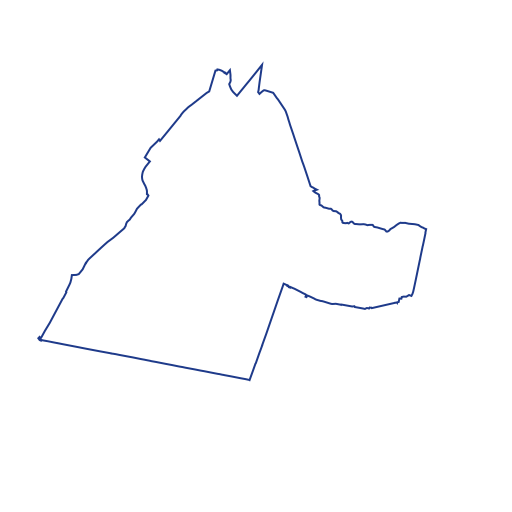 the district of Dongen, Noord-Brabant, Netherlands, rotated 117°
{"feature_id": "6326949B71586177807215", "entity_name": "Dongen", "entity_type": "district", "adm_level": 2, "iso_a3": "NLD", "parent_name": "Netherlands", "parent_adm1": "Noord-Brabant", "projection": "equal_earth", "projection_center": [4.948, 51.643], "detail": "fine", "context": "isolated", "style": "outline", "palette": "blue", "viewbox_px": 512, "rotation_deg": 117, "n_neighbors": 0, "source": "geoboundaries", "source_scale": "gbopen_adm2", "svg_char_len": 6052}
<svg xmlns="http://www.w3.org/2000/svg" viewBox="0 0 512 512"><g transform="rotate(117 256 256)"><path d="M429.0,409.1L428.3,409.1L428.1,408.6L428.1,408.2L427.1,404.9L421.8,386.4L417.5,371.5L417.2,370.4L415.6,364.8L411.8,351.8L408.5,340.8L408.6,340.7L407.9,338.8L407.1,336.3L406.3,333.3L403.5,323.8L402.3,319.8L400.0,311.5L399.0,308.2L398.6,306.7L397.5,302.9L397.2,301.5L395.9,297.3L393.2,287.8L391.2,281.0L389.8,275.9L389.2,273.8L388.3,271.0L387.6,268.3L384.8,258.9L383.2,253.2L382.2,250.0L379.4,240.1L378.3,236.3L377.9,235.2L377.8,234.9L377.1,232.1L376.8,231.3L376.5,230.1L375.4,226.4L374.6,223.7L372.6,216.7L371.8,213.9L371.1,211.6L370.5,209.6L369.5,205.8L369.5,205.4L359.1,206.7L352.2,207.6L351.6,207.5L340.5,209.0L338.6,209.2L332.7,209.9L332.7,210.0L320.8,211.5L300.9,214.3L298.7,214.6L285.9,216.4L282.1,216.9L270.8,218.4L268.1,218.8L268.0,217.3L268.0,216.1L267.9,215.1L268.0,214.8L267.8,214.8L267.8,214.2L268.5,214.2L268.4,213.2L268.2,212.3L268.8,212.2L268.6,211.1L268.0,211.2L267.8,207.8L267.7,207.0L267.7,205.2L267.7,199.7L267.8,197.6L267.7,194.4L267.9,193.6L269.8,193.4L269.7,192.4L267.9,192.5L267.7,190.5L267.6,188.9L267.6,188.6L267.5,184.6L267.6,183.8L267.6,183.4L267.5,182.2L266.9,179.1L266.8,178.4L266.3,176.9L266.2,176.7L265.8,174.8L264.8,168.9L264.5,167.3L264.3,166.7L263.9,165.8L262.4,163.3L262.1,162.4L260.9,158.3L260.9,158.1L260.6,158.1L260.4,157.6L259.8,155.6L257.3,147.3L256.1,145.5L256.6,144.8L254.4,137.5L254.1,136.5L253.7,134.9L252.2,133.8L251.9,133.2L251.6,132.5L251.5,131.5L250.4,131.3L250.4,131.2L249.7,129.8L249.9,129.2L234.7,111.0L234.5,110.9L234.5,110.7L233.4,109.4L233.6,109.0L233.1,109.1L232.2,108.0L228.8,108.9L228.0,107.1L226.4,107.5L225.2,106.1L224.0,103.6L221.3,101.9L221.0,99.4L218.7,99.4L216.6,99.7L213.4,100.5L205.2,102.7L199.0,104.4L188.8,107.2L185.9,108.0L184.6,108.3L182.7,108.9L176.1,110.7L172.8,111.6L171.8,111.9L171.1,112.0L165.5,113.5L158.6,115.4L158.2,115.7L154.8,116.6L155.0,117.9L155.0,119.0L154.9,120.0L155.1,121.5L154.9,124.1L154.6,125.2L154.9,126.3L155.2,127.5L155.6,128.9L156.1,130.2L157.9,134.6L158.8,138.3L159.4,139.2L159.7,140.0L160.3,141.0L160.7,142.3L162.2,143.5L164.7,144.9L167.4,146.1L169.6,147.5L170.9,148.4L172.9,148.9L174.4,149.8L175.0,150.9L174.5,152.2L174.1,153.1L174.1,153.8L174.5,155.4L175.0,158.1L175.3,159.8L175.5,160.9L176.2,163.2L176.3,163.5L176.3,164.4L175.4,165.9L175.4,166.4L176.5,168.6L177.2,169.7L177.6,170.2L177.9,170.6L178.0,171.0L178.2,172.6L178.4,173.3L178.8,174.6L180.4,177.3L181.3,179.3L181.8,180.7L182.6,182.4L182.6,182.9L182.6,183.4L182.5,183.9L182.1,184.6L182.0,185.2L181.8,185.8L182.1,186.7L182.6,187.1L183.0,187.4L184.8,188.1L185.0,188.4L185.0,188.8L185.0,189.2L185.0,189.6L185.9,190.7L186.2,191.3L186.4,191.8L186.7,192.6L187.0,193.5L187.0,193.8L186.9,194.1L186.7,194.4L186.4,194.5L185.9,194.8L185.5,195.1L185.3,195.5L185.2,195.7L185.1,196.0L184.9,196.4L184.6,196.8L183.8,197.3L183.2,197.7L181.5,198.5L181.0,198.9L180.6,199.5L180.3,200.1L180.2,200.6L180.2,201.1L180.3,201.6L180.3,201.9L180.3,202.2L180.0,202.7L180.0,203.2L179.9,203.6L179.8,204.1L179.8,204.7L179.8,205.1L180.1,205.6L180.2,206.2L180.6,206.8L180.7,207.4L180.7,208.4L180.3,209.3L180.1,209.7L179.9,210.7L180.1,211.2L180.7,212.3L180.8,212.7L181.0,213.7L181.1,214.4L181.5,216.2L181.6,216.7L181.9,217.2L181.9,218.1L181.3,220.5L181.3,221.1L181.5,221.6L181.5,222.4L181.4,222.7L181.3,222.8L180.7,223.1L179.2,223.9L178.3,224.5L177.9,224.7L177.4,224.9L176.8,225.1L175.5,225.6L175.2,225.8L175.0,226.0L174.4,226.7L174.1,226.9L173.3,227.3L173.1,227.4L173.0,227.5L172.8,227.9L172.7,228.2L172.7,228.6L172.6,229.2L172.6,231.7L172.5,232.3L172.5,232.8L172.3,233.5L172.1,234.4L171.8,234.2L169.3,231.9L169.3,233.3L169.3,234.4L169.1,236.1L169.2,237.6L169.0,238.9L169.0,239.1L161.3,246.8L154.9,253.3L152.9,255.4L150.8,257.7L147.0,261.5L144.3,264.2L139.5,269.1L132.9,275.8L130.8,277.9L127.2,281.6L123.8,285.1L121.6,287.2L119.7,289.1L117.5,291.1L113.7,295.1L112.6,296.6L111.7,298.2L106.4,307.7L106.1,308.5L105.9,309.0L104.6,311.4L103.2,314.0L102.9,314.6L102.8,314.8L102.8,315.0L102.9,315.4L103.9,321.3L104.2,322.8L104.4,323.6L104.6,323.9L104.8,324.2L105.0,324.4L105.4,324.6L106.3,325.0L107.1,325.4L110.0,326.5L109.0,328.5L107.0,329.0L104.6,329.9L99.3,331.8L82.9,337.4L92.2,339.3L103.1,341.6L106.6,342.4L121.9,345.7L121.4,347.2L120.9,348.9L120.1,351.2L119.7,351.9L119.3,352.8L118.7,353.8L118.1,354.5L117.8,354.9L116.5,356.4L115.0,357.9L112.5,357.9L111.2,358.2L110.4,358.6L110.0,358.9L109.6,359.2L108.9,359.6L108.3,359.9L107.8,360.2L107.4,360.3L106.0,361.1L105.4,361.5L102.3,363.6L104.1,364.0L107.3,364.7L107.2,365.3L107.1,367.0L106.6,366.9L106.7,368.5L106.7,368.8L106.5,369.5L106.5,370.0L106.5,371.0L106.6,372.0L106.7,373.0L107.0,374.1L107.3,375.1L107.9,375.0L108.2,374.9L108.3,375.0L109.2,376.3L130.6,372.4L133.1,374.0L151.0,382.3L152.5,383.1L154.4,384.0L157.1,384.9L159.5,385.8L160.2,386.0L161.3,386.3L163.2,386.7L164.3,386.9L165.3,386.9L180.5,390.2L183.3,390.8L197.0,393.8L196.1,395.4L198.8,396.0L207.4,399.0L218.7,399.8L219.9,393.5L226.5,394.9L229.0,395.1L231.4,395.1L232.6,395.0L233.4,394.8L234.9,394.4L237.1,393.6L239.0,392.4L240.3,391.3L242.9,387.8L243.5,386.8L245.3,384.7L245.8,384.3L246.4,383.6L247.1,383.1L247.4,382.8L248.1,382.4L249.1,381.9L249.5,381.7L250.4,381.3L250.5,381.2L250.4,380.9L250.3,380.6L251.0,379.3L251.9,379.3L256.2,379.5L257.9,380.1L258.6,380.3L259.9,380.7L262.0,381.4L262.3,381.8L262.8,382.0L266.2,383.0L268.0,383.5L271.0,383.5L273.4,383.6L274.1,383.7L278.1,384.7L279.3,384.9L280.8,385.0L282.6,385.8L283.3,386.0L284.4,386.4L284.7,386.4L285.7,386.3L286.2,386.3L286.6,386.2L288.5,385.8L288.9,385.8L290.1,386.0L290.7,385.9L291.7,386.2L298.0,388.8L304.6,391.5L311.0,394.7L312.8,395.4L314.3,396.0L318.8,397.7L333.4,403.1L335.2,403.7L336.0,403.9L337.0,404.0L338.2,404.2L339.5,404.2L339.5,404.5L346.6,404.4L352.6,405.7L354.4,407.5L356.6,411.4L360.0,410.2L363.6,409.4L364.3,409.3L366.3,409.2L374.0,409.1L374.5,408.5L380.9,408.6L382.1,408.9L402.9,409.3L409.1,409.4L418.5,410.1L425.3,410.3L427.2,410.5L426.4,412.1L428.1,412.6L429.1,410.6L429.0,409.1Z" fill="none" stroke="#1e3a8a" stroke-width="2"/></g></svg>